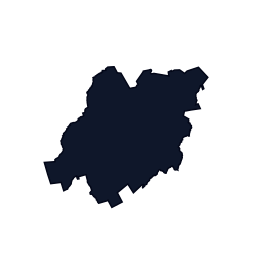 Bachíniva, Chihuahua, Mexico (Albers equal-area conic projection), rotated 243°
{"feature_id": "50627088B52742808482976", "entity_name": "Bachíniva", "entity_type": "district", "adm_level": 2, "iso_a3": "MEX", "parent_name": "Mexico", "parent_adm1": "Chihuahua", "projection": "albers", "projection_center": [-107.312, 28.853], "detail": "fine", "context": "isolated", "style": "filled", "palette": "ink", "viewbox_px": 256, "rotation_deg": 243, "n_neighbors": 0, "source": "geoboundaries", "source_scale": "gbopen_adm2", "svg_char_len": 5700}
<svg xmlns="http://www.w3.org/2000/svg" viewBox="0 0 256 256"><g transform="rotate(243 128 128)"><path d="M136.9,222.1L150.1,218.3L151.9,206.5L150.9,203.2L156.3,200.4L158.5,195.7L158.5,193.6L158.8,192.3L159.5,192.5L159.6,189.3L155.8,188.0L164.9,175.8L165.1,174.8L165.4,174.1L165.6,173.3L165.9,173.1L166.7,173.0L167.2,173.2L168.0,174.5L168.7,175.1L169.2,175.1L169.7,174.9L169.9,174.6L170.2,172.8L171.7,167.6L171.7,167.4L171.4,167.3L170.4,165.6L165.7,156.8L162.5,156.8L161.9,156.6L162.0,155.4L160.7,153.5L162.5,147.5L180.1,146.6L182.0,143.5L188.9,143.4L191.4,137.7L190.8,135.0L189.4,134.4L190.8,131.2L189.4,130.6L189.8,129.6L189.2,129.3L189.6,128.3L189.4,127.8L189.5,127.8L189.6,127.5L189.2,127.1L189.4,126.8L189.6,126.7L189.4,125.8L189.5,125.0L189.2,124.1L189.0,123.0L189.1,122.8L189.1,122.4L188.6,121.9L188.5,121.3L188.5,121.0L188.7,120.8L188.8,120.3L188.7,119.6L187.7,119.6L186.6,118.6L185.4,118.5L184.4,117.5L181.4,114.8L181.8,114.4L180.8,113.3L180.7,112.9L180.8,112.4L179.9,111.3L179.5,110.4L179.6,110.1L178.5,109.2L178.7,108.9L178.7,108.7L178.8,108.5L178.8,108.3L178.3,107.7L178.0,107.8L177.9,107.5L177.9,107.4L177.5,107.4L177.1,107.3L176.9,107.4L175.7,107.5L175.2,107.0L174.1,105.6L172.0,104.6L171.4,104.1L170.4,103.9L169.8,103.5L168.1,102.9L167.6,102.7L166.9,102.7L166.6,102.4L164.7,101.9L164.6,101.6L164.4,98.9L163.7,97.9L163.0,97.5L162.7,97.5L161.4,96.4L161.8,94.5L159.1,94.1L159.1,93.4L158.9,93.1L159.2,92.2L159.0,91.8L159.1,91.4L159.4,91.0L159.5,90.6L159.0,90.0L159.0,89.9L159.1,89.1L159.1,88.3L158.9,87.9L158.6,87.9L158.4,88.3L157.7,88.3L157.3,88.1L157.4,87.6L157.0,87.8L156.9,87.7L157.2,86.7L156.8,84.8L156.9,84.6L156.8,83.8L157.1,82.7L157.4,82.3L157.5,81.8L157.7,81.5L157.8,80.1L158.1,79.6L158.0,79.0L157.5,77.9L157.2,78.1L156.8,78.0L156.6,78.0L156.5,77.8L156.9,77.1L156.9,76.8L156.8,76.5L156.4,75.9L156.1,75.6L156.0,75.4L156.1,75.1L155.7,75.2L155.3,75.0L155.1,74.5L155.1,74.2L154.8,73.9L154.7,73.4L154.9,73.4L154.9,73.1L154.6,73.1L154.6,72.9L154.1,72.8L153.5,71.6L153.3,71.3L153.3,70.9L152.7,70.6L152.8,70.3L152.6,70.0L152.7,69.6L152.6,69.1L152.3,68.9L152.2,68.5L152.3,68.2L152.0,67.9L151.5,68.0L151.4,67.7L150.8,67.7L150.6,67.4L150.7,67.1L150.6,66.9L150.7,66.6L150.6,66.3L150.0,66.5L149.6,66.4L149.7,66.2L149.1,65.3L148.9,65.1L148.6,65.0L148.6,64.8L148.2,64.6L148.2,64.2L147.3,63.5L147.1,62.7L146.9,62.5L146.3,62.3L145.2,62.1L144.5,61.9L144.2,61.5L143.5,61.4L143.0,61.6L142.6,61.6L140.5,61.2L140.0,61.3L138.9,61.3L138.2,60.5L137.5,60.4L137.2,60.0L136.7,59.6L135.9,57.9L135.4,57.2L135.3,55.4L134.4,53.9L133.7,53.4L133.2,51.3L133.4,50.7L133.3,49.6L133.0,48.5L131.1,47.7L135.3,37.8L123.0,35.4L113.5,33.9L109.9,43.8L101.2,42.3L101.2,46.1L101.0,46.4L102.2,47.8L103.0,50.1L103.8,51.4L104.0,52.0L104.4,52.2L105.5,53.0L107.0,54.4L107.2,54.7L107.7,56.1L108.5,57.3L108.7,58.7L108.6,60.5L106.6,59.9L105.4,59.9L105.0,61.2L107.1,61.7L105.6,69.4L99.4,68.0L98.5,67.4L98.2,67.3L94.2,67.5L92.9,68.0L88.7,67.3L87.6,64.7L86.1,64.4L85.3,66.0L82.4,66.4L82.2,67.1L81.0,67.0L80.8,67.5L78.7,67.5L78.3,67.2L78.1,67.3L78.0,67.5L77.6,67.7L76.6,67.5L75.6,67.4L74.3,67.7L72.6,76.4L72.8,77.4L64.6,77.6L64.7,89.2L75.2,89.1L78.2,102.4L67.8,103.4L71.0,114.3L70.6,116.2L70.4,116.2L70.2,115.5L68.6,114.1L68.2,113.9L68.0,114.0L68.3,114.8L68.5,115.8L68.8,116.4L68.8,116.6L69.1,116.7L69.5,117.5L69.4,119.1L70.0,119.6L70.5,119.7L70.6,119.9L70.5,120.4L71.2,121.0L71.2,121.9L71.6,123.3L72.5,124.0L73.1,124.7L73.0,125.2L73.2,125.5L73.0,125.8L73.2,126.1L73.1,126.5L74.0,128.8L74.0,129.0L73.7,129.3L73.9,129.8L74.1,129.7L74.1,130.1L73.3,130.8L73.4,131.3L73.3,131.5L73.7,132.3L73.7,133.0L74.2,133.4L74.5,133.4L75.0,133.9L75.6,135.1L76.3,136.1L76.6,137.1L76.4,137.7L75.7,137.9L75.3,137.8L75.0,138.0L75.0,138.3L74.3,138.9L74.2,139.4L73.6,139.4L73.4,139.6L73.3,139.9L72.9,140.0L72.1,139.8L71.3,140.3L71.3,140.6L70.7,140.9L70.6,141.3L70.5,141.5L70.8,141.8L71.2,141.8L71.8,142.9L72.2,143.2L72.6,143.9L73.6,144.9L73.8,145.5L73.9,145.8L73.9,146.7L74.0,147.1L73.8,148.0L74.0,148.2L74.2,148.8L74.1,149.0L73.9,150.2L73.8,150.4L72.9,150.4L71.7,150.6L70.8,150.6L70.1,150.4L69.8,150.5L69.4,150.8L69.0,151.4L68.7,152.6L68.4,152.8L68.2,153.0L68.3,153.1L68.0,153.3L68.7,153.5L69.4,154.4L69.8,154.6L70.2,154.7L70.4,155.3L70.8,155.4L71.4,155.8L71.5,156.0L71.6,156.4L72.2,156.5L72.4,156.9L72.2,157.7L72.3,158.0L73.7,159.5L74.2,159.8L74.7,160.6L75.2,160.8L75.7,161.6L75.9,161.7L76.9,162.8L77.2,163.0L77.7,163.0L78.1,163.3L78.5,163.2L78.6,163.3L78.6,163.8L78.8,164.0L79.8,164.1L80.3,164.4L80.3,164.5L81.5,164.7L82.3,164.4L82.9,163.9L84.1,163.8L84.2,163.7L84.6,163.6L86.2,164.7L87.4,164.6L88.0,164.2L88.5,164.7L88.9,164.8L89.1,165.0L89.4,166.3L90.0,166.9L90.5,167.3L91.1,167.9L91.3,169.5L91.5,169.6L92.0,169.6L92.6,169.8L92.7,171.3L93.4,171.6L93.6,171.5L93.9,171.6L94.5,172.3L94.7,174.0L94.5,175.6L94.3,176.0L94.6,176.8L94.6,177.2L93.9,178.0L93.5,178.2L93.1,178.7L93.1,179.0L93.9,179.2L94.2,179.4L94.3,179.6L95.4,180.3L96.0,181.0L96.7,181.1L97.2,181.7L97.1,182.0L97.4,182.5L97.6,182.6L97.8,182.1L98.1,182.2L98.8,183.4L99.0,184.3L99.4,184.8L100.6,185.1L101.4,185.6L101.6,185.6L102.1,185.1L102.7,185.0L104.1,185.4L104.6,185.0L104.8,184.5L104.9,184.4L105.3,184.4L105.5,184.6L105.8,184.4L106.0,184.7L106.9,185.4L108.0,185.6L108.3,185.8L108.6,186.2L113.7,182.8L117.5,186.0L117.0,187.2L115.6,192.0L112.5,201.2L117.7,201.4L118.0,199.2L118.3,199.6L118.5,199.4L120.3,200.6L121.3,201.9L122.0,202.0L122.5,201.8L122.8,201.8L124.1,202.5L125.5,202.7L126.6,203.4L126.9,203.5L127.6,203.9L127.8,204.4L128.5,204.9L128.4,205.7L128.6,206.2L128.7,207.2L129.1,207.6L129.5,208.3L130.3,208.6L130.4,208.8L131.1,209.7L131.5,210.6L132.9,211.7L132.9,212.2L132.4,212.6L128.5,212.0L128.6,213.4L133.1,214.0L136.9,222.1Z" fill="#0f172a" stroke="#020617" stroke-width="1.5"/></g></svg>